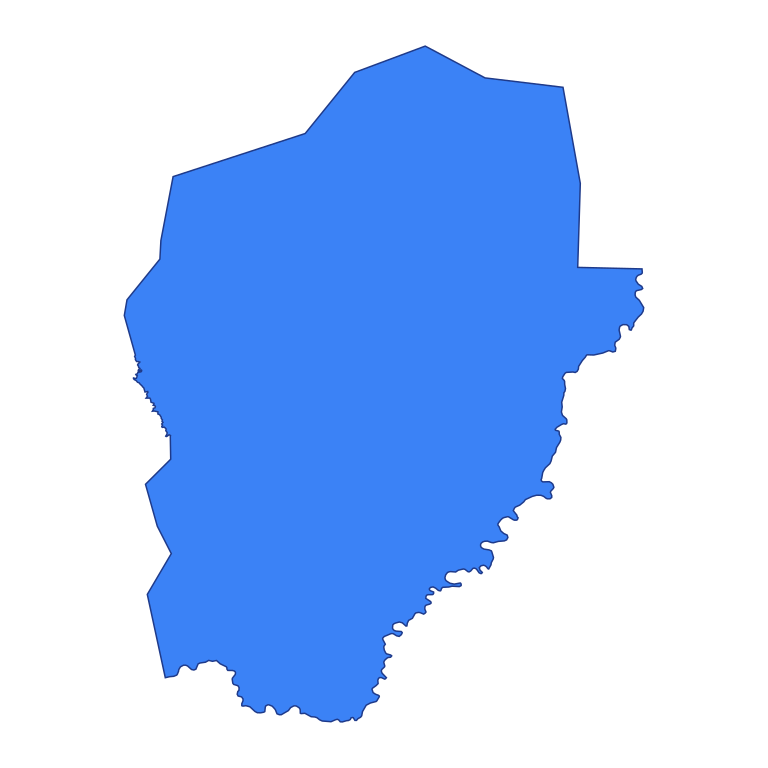 the district of Sant, Selenge, Mongolia
{"feature_id": "93677404B33793870278074", "entity_name": "Sant", "entity_type": "district", "adm_level": 2, "iso_a3": "MNG", "parent_name": "Mongolia", "parent_adm1": "Selenge", "projection": "equal_earth", "projection_center": [105.356, 49.376], "detail": "fine", "context": "isolated", "style": "filled", "palette": "blue", "viewbox_px": 768, "rotation_deg": 0, "n_neighbors": 0, "source": "geoboundaries", "source_scale": "gbopen_adm2", "svg_char_len": 6128}
<svg xmlns="http://www.w3.org/2000/svg" viewBox="0 0 768 768"><path d="M165.3,677.7L169.6,676.7L173.8,676.3L176.7,675.1L177.4,674.1L178.6,671.1L178.7,669.8L179.6,668.2L180.5,666.8L183.5,665.2L185.7,665.2L187.5,665.9L191.5,669.5L193.9,670.0L195.9,669.2L198.1,663.9L200.0,663.0L205.5,662.2L208.7,660.4L212.5,661.3L216.5,660.5L220.2,663.8L226.2,666.7L226.8,667.5L227.0,669.3L227.8,670.4L232.7,670.5L234.3,671.0L235.2,671.8L235.5,672.8L235.3,674.4L232.4,678.2L232.2,679.2L232.8,683.2L233.7,684.4L237.9,685.7L239.1,687.6L238.9,690.4L237.8,691.5L237.2,694.2L238.1,696.0L241.6,696.9L243.0,698.9L243.0,700.8L241.8,703.7L241.8,705.7L242.9,706.1L245.9,705.7L249.9,706.8L255.0,711.5L257.3,712.7L260.7,712.8L263.8,712.2L264.8,711.6L265.3,707.0L265.7,706.0L267.6,704.9L268.8,704.8L272.1,706.1L273.5,707.5L275.3,709.6L277.0,713.8L279.3,714.7L281.3,714.7L288.4,710.6L290.6,707.6L293.6,706.0L294.9,705.8L296.5,706.1L299.3,707.9L300.2,709.6L300.3,713.2L301.0,713.6L304.9,713.3L311.1,716.7L314.9,717.0L317.0,717.7L319.6,719.8L322.2,721.0L331.0,721.7L335.9,719.6L337.4,719.3L338.7,719.9L340.3,721.8L342.4,721.9L346.5,720.7L348.5,720.5L350.3,719.5L351.0,717.9L352.4,717.5L353.3,717.7L354.9,720.4L356.5,720.4L357.9,718.7L360.6,717.2L361.7,715.8L362.5,711.6L366.2,705.2L370.4,703.0L376.1,701.5L376.8,700.9L379.3,696.7L379.2,695.9L378.3,695.2L375.7,694.3L373.1,692.6L372.0,689.2L372.4,688.3L376.1,685.6L378.1,683.6L377.8,680.3L378.4,678.6L379.0,678.0L379.6,677.6L381.4,677.6L384.6,679.1L385.5,678.8L386.4,677.7L382.1,673.2L381.4,671.4L381.4,670.3L381.9,669.4L384.5,666.9L384.8,666.0L383.8,662.5L384.0,661.5L385.1,659.8L387.7,657.6L390.6,657.2L391.7,655.9L390.7,655.0L386.5,653.8L385.6,652.8L384.3,650.1L383.8,647.3L383.9,646.3L385.3,644.2L382.7,639.2L382.7,638.2L384.2,636.5L391.1,633.6L393.1,633.6L396.6,635.8L399.2,636.4L401.3,634.7L402.0,633.4L402.2,632.5L401.2,631.5L396.0,631.1L394.3,630.5L393.2,629.5L392.5,628.2L392.8,624.9L393.6,624.0L395.3,623.1L399.3,622.0L402.3,622.8L406.0,626.1L406.9,625.9L407.3,623.2L408.6,620.4L412.4,618.3L414.9,613.8L415.9,612.9L418.5,612.4L420.0,612.6L423.7,614.1L425.2,613.1L426.0,612.0L424.8,609.1L424.9,606.8L425.4,605.8L426.2,605.1L429.7,604.1L430.9,603.4L431.1,602.7L430.7,601.6L425.8,598.4L426.0,596.3L426.6,595.3L427.8,594.7L432.5,594.6L433.0,594.4L433.7,593.2L433.6,592.0L430.3,590.7L429.5,589.8L429.3,589.0L429.6,588.4L430.6,587.4L433.1,586.9L435.7,588.2L438.3,590.4L440.2,590.9L440.8,590.6L441.6,588.3L442.8,587.3L448.9,587.0L452.1,586.2L459.4,586.6L461.1,585.6L461.2,584.8L460.9,583.5L460.3,583.0L454.2,584.1L449.9,583.2L446.2,580.8L445.4,579.6L444.9,577.8L445.7,574.8L447.5,572.5L449.1,571.8L450.6,571.6L455.7,572.0L458.3,570.2L463.3,569.0L464.9,569.3L468.0,571.7L469.1,571.9L470.7,571.0L472.9,568.4L474.3,568.1L475.8,568.6L476.7,569.4L479.1,572.8L480.8,573.6L481.6,573.5L482.3,572.4L480.0,570.1L479.3,567.6L481.0,565.8L483.5,565.2L485.2,565.8L486.5,566.8L487.9,568.7L488.7,569.0L491.0,564.8L491.3,562.7L493.2,559.0L493.5,557.5L491.9,552.1L491.4,550.9L489.1,549.9L484.0,549.1L482.3,548.2L481.1,547.2L480.6,546.0L480.6,544.6L481.0,543.4L482.6,542.0L484.5,541.3L487.4,541.1L491.2,542.5L493.3,542.8L498.3,541.4L504.3,540.9L506.6,539.9L507.9,537.5L507.2,535.1L503.8,533.5L500.8,530.9L499.2,526.9L498.0,525.2L497.9,524.0L498.5,522.9L500.7,520.0L502.5,518.3L503.9,517.6L507.6,516.7L508.5,516.8L513.4,519.8L514.7,520.2L516.8,520.1L517.5,519.4L518.1,517.8L517.1,516.6L516.9,515.2L513.3,510.7L514.4,508.2L515.3,507.1L519.8,505.1L523.8,501.8L525.4,499.6L532.3,496.4L536.7,495.2L541.0,495.3L543.7,496.4L546.1,498.3L547.3,498.8L550.0,498.8L551.7,497.5L551.8,495.8L550.4,492.4L550.7,491.3L553.2,488.6L553.9,487.3L552.9,484.3L551.4,482.8L549.3,481.7L542.9,481.9L541.5,481.0L541.1,479.8L541.7,478.3L542.7,472.6L543.7,470.5L545.4,467.8L549.9,463.6L551.1,461.0L552.3,456.1L555.5,452.3L556.5,447.6L559.9,442.1L560.7,440.0L560.9,437.4L559.3,434.4L559.2,432.0L558.8,431.1L555.7,430.3L555.2,429.8L555.2,429.2L556.9,427.3L561.5,424.5L563.5,423.7L565.7,424.1L566.5,423.7L566.9,422.8L566.8,419.8L566.2,418.7L562.5,415.4L561.4,412.0L562.2,406.9L561.7,402.2L563.8,395.4L563.9,392.7L564.9,391.4L565.5,388.6L564.7,384.5L564.6,381.4L564.2,380.4L562.4,378.5L562.7,376.9L565.0,373.3L566.3,372.4L573.0,372.0L575.2,372.5L577.1,371.4L578.4,369.1L578.6,366.4L582.3,360.6L585.2,357.3L586.5,355.2L587.4,354.8L593.8,355.0L602.9,353.0L608.5,350.7L609.7,350.8L612.8,352.0L615.3,351.3L615.8,348.7L615.7,347.7L614.7,345.3L615.2,342.2L619.2,339.3L620.3,337.2L620.5,336.4L619.1,330.0L619.6,327.2L620.2,326.1L622.9,324.6L626.7,324.7L628.8,326.4L629.3,329.6L631.0,330.2L631.4,329.8L632.0,328.0L633.7,325.9L633.7,323.1L634.0,322.5L638.2,317.1L641.5,314.0L643.1,311.2L643.7,307.6L639.3,300.3L635.8,297.1L635.1,295.0L635.3,292.2L636.4,290.7L641.5,289.5L642.7,288.5L641.8,286.4L638.3,284.2L636.0,280.8L635.7,279.5L636.3,277.4L637.1,276.2L638.3,275.2L641.1,274.2L642.1,273.3L642.3,272.4L642.0,268.9L577.7,267.4L580.3,183.4L563.0,87.3L485.0,77.9L425.2,46.1L354.7,72.4L305.2,133.5L173.1,176.6L160.9,240.5L159.9,259.1L127.0,299.8L124.3,315.5L135.4,355.2L134.6,356.4L135.5,358.2L135.4,359.7L136.6,361.5L138.6,361.6L139.8,362.1L137.7,364.4L137.6,365.0L138.3,365.9L138.7,367.4L139.9,368.4L138.5,369.7L138.2,370.8L139.2,371.1L140.9,369.9L141.5,370.1L141.7,370.6L141.4,371.5L140.7,371.9L137.9,372.4L137.2,373.9L135.8,374.4L136.1,375.0L137.3,375.7L136.4,378.3L134.7,378.5L133.8,377.9L133.5,378.0L133.5,378.6L134.3,379.6L136.2,380.6L137.5,382.2L139.4,383.0L139.8,383.8L142.2,386.1L142.5,386.7L143.8,387.9L145.0,392.0L147.7,391.5L147.9,392.3L146.6,394.3L147.5,396.2L146.1,398.1L149.8,398.1L150.5,399.2L151.0,402.2L153.9,403.3L154.0,404.0L153.2,405.3L154.7,405.6L155.4,406.5L155.0,407.8L153.3,408.4L153.3,409.6L152.4,411.2L154.1,411.0L157.9,411.8L157.9,414.0L159.6,414.7L161.2,417.2L161.3,418.6L162.4,419.8L162.0,421.3L163.0,422.3L161.7,424.0L162.6,425.1L161.8,426.3L161.8,426.9L162.6,427.4L164.1,427.1L165.8,428.5L166.1,429.2L165.8,430.7L167.1,432.4L167.0,434.1L165.7,436.2L165.9,436.4L166.7,436.5L169.1,434.8L170.5,435.5L170.3,436.6L170.7,459.2L145.5,484.3L157.3,526.2L171.3,553.6L147.3,594.4L165.3,677.7Z" fill="#3b82f6" stroke="#1e3a8a" stroke-width="1.5"/></svg>